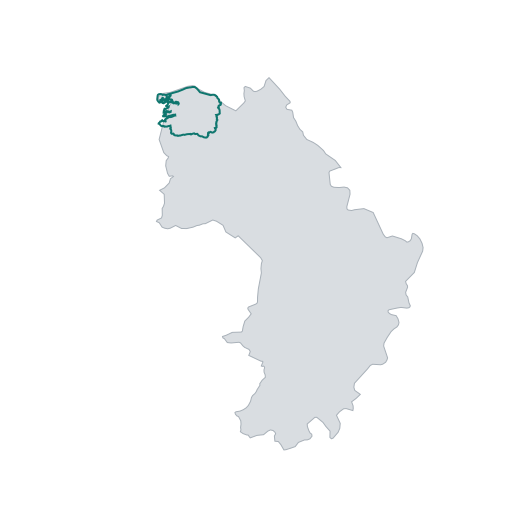 Boke, Boke, Guinea (highlighted), rotated 45°
{"feature_id": "49546643B57120226425021", "entity_name": "Boke", "entity_type": "district", "adm_level": 2, "iso_a3": "GIN", "parent_name": "Guinea", "parent_adm1": "Boke", "projection": "albers", "projection_center": [-14.504, 11.069], "detail": "fine", "context": "in_parent", "style": "outline", "palette": "teal", "viewbox_px": 512, "rotation_deg": 45, "n_neighbors": 0, "source": "geoboundaries", "source_scale": "gbopen_adm2", "svg_char_len": 9287}
<svg xmlns="http://www.w3.org/2000/svg" viewBox="0 0 512 512"><g transform="rotate(45 256 256)"><path d="M310.4,328.8L306.5,328.4L304.9,329.1L299.9,335.1L296.9,337.5L292.2,336.8L290.5,337.3L289.2,336.6L290.9,333.3L293.2,326.8L299.4,320.2L299.5,318.8L296.9,315.1L294.1,309.9L294.1,304.4L293.5,300.3L288.0,299.3L287.0,298.6L286.8,297.3L289.8,290.3L290.1,288.9L289.7,287.6L286.3,284.1L280.9,277.6L271.8,264.2L268.4,261.4L265.1,257.4L263.8,254.8L260.5,253.9L229.1,254.3L228.5,257.9L217.7,260.3L211.0,257.6L203.6,259.3L200.0,261.1L197.3,269.0L195.7,270.7L194.2,274.2L192.7,276.2L191.1,280.1L187.6,285.6L183.9,289.2L177.6,291.2L175.7,297.0L174.3,299.2L171.8,300.9L169.2,302.0L164.1,300.9L161.2,302.0L160.7,300.5L162.3,295.9L161.0,293.5L156.0,288.7L155.5,286.4L154.0,283.4L147.5,277.3L141.4,277.7L143.1,272.5L143.0,265.7L140.9,261.9L141.4,258.1L140.3,258.3L138.3,261.0L135.0,260.1L128.4,256.1L125.1,252.1L124.6,248.8L123.9,247.5L121.9,248.2L117.7,248.1L105.1,242.1L96.1,227.0L95.9,223.6L97.2,217.8L96.9,216.2L92.8,220.1L92.0,217.5L88.8,211.4L87.9,207.9L84.9,206.4L82.5,206.1L80.6,207.3L78.1,214.3L76.3,214.3L74.4,212.8L74.8,207.5L79.7,200.9L87.8,184.2L90.7,180.4L92.5,179.1L96.4,178.9L103.8,176.7L113.0,171.5L120.0,171.9L128.3,171.2L139.1,167.6L139.2,156.4L138.8,153.9L134.9,151.7L132.7,149.8L130.8,147.3L128.5,145.5L128.5,143.7L133.3,141.3L137.7,141.3L139.1,140.4L140.2,138.8L141.5,134.7L141.9,130.5L139.0,124.8L139.1,120.7L154.9,121.3L163.6,122.4L170.7,122.6L171.8,123.5L170.9,127.5L171.8,129.8L174.2,130.4L178.2,127.6L180.2,128.3L184.7,131.6L188.8,132.5L193.3,134.4L197.6,135.4L201.3,135.2L204.2,137.1L209.5,137.7L216.3,135.2L221.6,134.1L229.1,133.7L233.1,134.5L244.5,132.4L253.5,133.5L252.1,134.8L248.1,143.8L248.6,145.4L257.9,152.9L260.0,153.4L262.5,152.3L266.4,148.8L269.5,145.0L272.5,143.1L275.9,143.2L278.8,145.8L285.4,157.0L287.1,158.4L288.7,158.3L291.5,156.2L292.9,153.7L298.8,146.2L308.1,142.4L330.5,150.6L333.8,151.1L335.7,150.5L338.3,145.4L346.7,141.0L350.6,139.7L352.9,139.5L353.8,138.1L354.2,136.1L353.7,134.0L351.0,130.2L350.9,129.1L352.4,128.3L355.6,127.7L359.7,128.0L364.4,129.6L368.2,131.9L370.4,134.7L374.8,146.5L379.6,155.7L379.7,168.2L381.8,169.4L384.1,169.9L385.2,170.8L387.5,175.9L389.7,177.4L392.3,177.7L397.2,180.9L400.3,182.1L400.8,183.1L400.7,184.5L399.5,186.2L394.9,189.8L392.7,192.8L388.1,199.9L388.0,201.2L389.0,202.2L390.9,202.3L393.0,201.8L397.3,199.1L400.8,200.0L404.1,201.9L405.4,203.9L405.8,206.5L405.1,210.0L405.0,213.9L406.3,220.5L408.1,227.0L409.9,229.4L421.1,235.0L422.2,237.1L422.8,239.5L422.1,242.9L421.0,244.8L415.0,250.1L414.2,252.6L414.7,257.1L415.6,276.4L418.0,279.6L420.9,281.2L427.6,280.1L427.5,285.5L426.7,291.5L430.6,293.3L432.6,295.1L433.8,296.8L427.7,300.1L426.0,302.0L425.2,307.0L425.5,311.7L433.9,314.8L437.1,318.6L438.7,322.6L439.3,330.2L438.6,331.9L436.5,332.0L432.2,327.5L425.8,327.1L421.0,326.3L413.0,327.1L411.7,328.5L411.0,338.6L413.0,340.3L416.8,342.1L419.3,342.9L421.4,342.6L423.0,343.8L423.4,347.1L422.4,349.6L420.3,351.9L417.8,357.8L418.5,363.1L414.2,371.7L412.9,373.4L406.9,371.8L403.0,371.4L400.3,373.6L396.3,370.3L395.6,367.8L394.1,367.2L391.5,367.3L389.2,368.8L388.2,371.5L387.7,377.0L383.5,382.2L380.5,388.7L377.0,388.2L376.2,389.0L372.5,390.7L369.2,391.3L368.3,389.6L366.4,388.2L364.3,385.5L361.8,383.3L357.2,381.9L355.5,382.6L353.3,382.4L351.8,381.6L352.0,380.3L354.4,376.9L355.7,373.7L356.4,370.4L356.3,367.1L354.9,362.6L352.8,359.1L352.3,357.0L352.5,354.0L352.0,351.3L351.3,349.8L350.2,344.6L349.0,343.7L348.2,339.5L348.4,335.2L346.6,333.6L343.8,332.4L342.1,330.8L341.1,328.9L340.0,328.4L339.2,328.5L338.4,329.7L337.5,330.0L335.8,326.0L335.1,325.8L334.0,326.8L321.2,331.4L319.5,327.6L317.1,327.0L312.8,328.6L310.4,328.8Z" fill="#d9dde1" stroke="#a8b0b8" stroke-width="1"/><path d="M130.0,211.4L132.2,210.6L133.3,209.5L135.3,208.9L137.0,207.6L137.4,206.8L137.3,206.3L137.2,206.6L137.4,205.7L137.2,205.4L135.0,202.7L135.1,202.0L135.5,201.8L135.8,201.8L135.9,200.5L136.4,200.2L137.7,199.8L138.6,198.5L138.5,197.7L138.8,196.9L138.5,195.6L137.9,195.0L136.8,194.8L136.4,194.6L136.8,193.9L137.2,193.5L137.2,193.0L137.1,192.8L136.7,192.6L136.2,191.9L135.8,192.0L135.4,191.6L135.3,191.2L134.4,190.9L134.3,190.4L133.8,190.1L133.7,189.6L133.2,189.3L132.8,188.4L132.8,187.7L132.3,187.3L132.3,187.1L131.5,187.0L131.2,186.4L130.4,185.8L130.4,185.6L129.9,185.3L129.5,185.4L129.2,185.1L129.1,184.3L128.8,184.3L128.4,184.5L128.1,184.4L128.5,183.9L129.4,182.3L129.6,180.9L127.1,178.6L126.2,178.1L124.9,178.1L124.3,177.9L124.4,177.0L123.7,176.7L123.7,176.4L123.4,176.1L123.6,175.1L124.1,174.3L123.8,173.4L122.8,172.4L121.9,173.2L120.5,172.7L120.0,172.3L119.8,171.9L119.2,171.6L118.8,171.5L117.2,171.6L116.9,171.5L116.7,171.3L115.9,170.9L115.0,171.1L114.5,170.9L114.0,171.2L113.8,171.3L113.0,171.2L112.2,171.8L111.5,172.4L110.1,174.4L100.6,179.8L97.6,179.5L95.4,179.4L93.1,179.9L91.6,181.4L90.4,183.2L89.9,183.7L87.8,186.8L86.4,190.5L85.2,193.2L84.7,194.5L80.6,201.8L81.0,202.3L81.7,202.8L81.9,202.6L82.1,202.8L81.9,203.0L82.3,203.9L82.5,204.5L82.5,205.2L82.8,206.0L83.2,206.4L83.3,206.4L83.6,206.4L83.8,206.4L84.4,206.0L84.9,205.6L85.2,205.4L85.6,205.0L86.2,204.9L86.8,205.2L86.7,205.6L86.8,205.8L87.0,205.9L87.9,205.7L88.3,205.7L88.9,206.0L89.2,206.0L90.5,204.3L90.5,204.2L90.2,203.8L90.3,203.5L91.8,202.6L92.4,202.6L92.5,202.4L93.1,202.6L93.2,202.9L93.7,203.0L93.8,203.3L93.8,203.5L93.4,203.2L92.6,203.2L92.1,203.3L92.0,203.5L92.1,204.0L92.0,204.4L91.8,204.7L91.5,204.8L91.0,204.9L90.8,205.0L89.7,206.4L89.1,206.5L88.7,206.4L88.3,206.5L88.1,206.6L87.4,207.2L87.1,207.3L86.5,207.8L86.1,207.8L86.0,208.0L85.9,208.3L86.0,209.1L86.0,210.2L86.3,210.8L86.4,211.2L86.4,211.4L86.6,211.9L86.3,213.4L86.4,213.5L87.0,213.3L87.1,213.2L87.6,213.3L87.9,213.3L88.3,212.8L88.6,212.1L89.0,212.7L88.8,213.6L88.8,213.8L88.7,214.2L88.6,214.7L88.3,215.7L87.8,216.3L87.6,216.4L87.3,216.3L87.2,216.5L88.0,218.3L88.3,218.7L88.6,218.9L88.7,219.3L89.3,220.0L89.5,219.8L89.6,219.4L89.5,218.5L89.7,217.8L89.7,217.6L89.9,217.2L90.1,217.1L90.3,216.7L90.6,216.6L91.0,216.2L91.3,216.0L92.1,215.7L92.7,215.3L93.0,215.0L93.4,214.0L93.8,214.5L93.3,215.6L93.2,215.8L92.9,216.0L92.0,216.2L91.5,216.6L91.1,218.4L90.5,219.6L91.5,220.0L92.2,219.7L92.4,220.0L92.1,220.4L92.1,220.6L91.9,220.6L91.9,220.8L91.6,220.6L91.3,220.6L91.1,220.8L91.1,221.0L91.3,221.7L91.2,221.9L91.4,222.2L91.3,222.8L91.5,222.9L91.9,222.5L92.1,222.5L93.5,221.0L94.0,220.7L94.8,220.3L95.1,219.1L96.1,217.6L96.9,216.2L97.0,215.8L97.9,214.3L98.5,213.8L98.9,213.2L99.5,213.7L99.2,213.9L98.8,215.3L98.6,215.6L98.5,216.1L97.8,217.6L97.1,218.5L96.6,218.8L96.0,219.6L96.0,219.9L95.7,220.5L95.9,220.9L95.7,221.6L95.3,222.7L95.2,223.5L95.4,224.2L95.7,224.6L96.8,224.5L96.9,224.8L96.3,225.1L95.7,225.6L95.5,225.8L95.4,225.8L95.2,226.2L94.8,226.2L94.5,226.4L94.3,226.6L94.1,226.6L93.9,226.3L93.7,226.3L93.6,226.7L93.6,227.0L93.9,227.3L94.0,227.6L93.7,228.1L93.4,228.5L93.2,228.6L93.2,228.8L93.5,230.2L93.3,230.8L93.4,231.1L93.6,231.3L93.9,231.1L94.0,230.7L95.4,231.0L97.0,231.0L97.4,230.9L97.8,230.6L98.1,230.0L98.4,229.6L98.8,229.4L99.2,229.2L99.3,229.5L100.1,229.1L100.4,228.5L101.6,227.4L102.1,226.2L103.1,224.8L103.3,224.3L103.9,224.7L104.0,225.3L104.5,225.3L105.2,225.6L105.4,226.6L105.7,226.5L106.4,226.7L107.1,227.0L108.1,227.9L108.7,228.9L109.0,229.1L109.5,229.2L110.1,229.1L110.8,228.0L111.1,227.9L111.6,227.9L112.0,228.3L113.0,228.2L114.0,227.5L115.1,226.4L115.5,226.5L116.0,226.1L116.6,225.0L117.1,224.7L118.6,221.9L119.2,221.2L119.8,220.9L121.0,218.8L122.5,217.0L122.9,216.7L123.2,216.1L123.5,215.9L123.9,216.1L124.1,216.0L124.5,214.9L125.1,213.7L125.6,213.0L126.0,213.0L126.8,212.8L127.2,212.1L127.4,212.0L128.2,211.1L130.0,211.4ZM80.7,209.7L81.6,208.2L80.6,206.9L79.2,205.7L78.8,205.7L78.4,206.1L77.7,206.4L76.6,207.1L76.5,207.5L76.1,208.1L75.4,208.3L74.6,208.5L73.8,209.1L73.6,209.5L73.1,210.0L72.9,210.4L72.7,211.3L72.8,211.7L73.1,212.2L75.3,215.0L75.9,215.4L76.2,215.6L77.8,215.9L78.4,215.8L78.7,215.9L79.2,215.9L79.3,215.6L79.8,214.9L79.8,214.7L79.4,214.2L79.2,214.2L78.8,214.1L78.7,214.0L78.9,213.8L78.2,213.6L78.0,213.3L78.3,212.7L78.7,212.8L78.8,212.6L78.7,212.4L78.6,212.2L78.5,211.8L78.3,211.5L78.3,210.7L78.0,210.3L78.1,210.2L78.4,210.1L78.6,210.4L78.8,211.2L79.0,211.3L79.4,211.3L79.7,210.8L80.2,210.4L80.7,209.7ZM81.7,213.9L82.3,213.5L82.4,212.8L82.7,212.4L82.8,212.3L82.5,212.0L82.4,211.4L82.6,211.0L82.4,210.8L82.1,210.7L81.7,210.2L82.5,209.2L82.4,208.6L82.0,208.5L81.7,208.7L81.5,209.1L81.4,209.7L81.1,210.1L80.0,211.3L80.4,212.6L80.2,212.9L80.7,213.1L81.0,213.7L81.3,213.9L81.7,213.9ZM81.8,204.4L81.1,203.3L80.9,203.1L80.4,202.3L79.2,204.3L79.0,205.1L78.6,205.6L79.0,205.5L79.6,205.8L80.7,206.7L81.0,206.8L81.7,206.2L81.8,206.0L81.8,204.4ZM84.1,209.3L84.1,208.7L83.7,207.8L83.6,207.6L83.2,207.4L82.5,207.5L82.4,207.7L82.6,208.3L83.0,208.8L82.9,209.2L83.0,209.3L83.3,209.6L83.7,209.6L83.8,209.5L84.1,209.6L84.1,209.3ZM83.0,211.7L83.1,211.2L83.3,210.7L83.1,210.2L83.3,210.0L82.8,209.6L82.5,209.6L82.2,209.8L82.0,210.3L82.5,210.6L82.8,211.4L83.0,211.7ZM82.0,207.2L81.8,206.5L81.5,206.6L81.2,206.9L81.2,207.0L81.4,207.1L81.9,207.3L82.0,207.2ZM91.3,204.3L91.4,204.2L91.2,203.8L90.8,204.1L90.8,204.3L91.3,204.3ZM86.6,207.5L86.6,207.3L86.1,207.4L86.0,207.6L86.2,207.8L86.6,207.5ZM97.8,216.1L97.7,215.9L97.5,216.4L97.7,216.5L97.8,216.1Z" fill="none" stroke="#0f766e" stroke-width="2"/></g></svg>